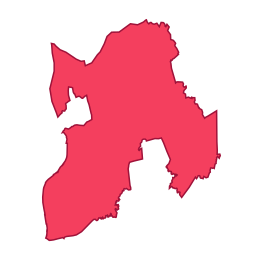 Zaļesjes pag., Zilupes, Latvia, rotated 266°
{"feature_id": "27541924B33285860517164", "entity_name": "Zaļesjes pag.", "entity_type": "district", "adm_level": 2, "iso_a3": "LVA", "parent_name": "Latvia", "parent_adm1": "Zilupes", "projection": "natural_earth1", "projection_center": [28.074, 56.351], "detail": "fine", "context": "isolated", "style": "filled", "palette": "rose", "viewbox_px": 256, "rotation_deg": 266, "n_neighbors": 0, "source": "geoboundaries", "source_scale": "gbopen_adm2", "svg_char_len": 5676}
<svg xmlns="http://www.w3.org/2000/svg" viewBox="0 0 256 256"><g transform="rotate(266 128 128)"><path d="M108.1,215.7L139.0,217.6L134.3,208.6L133.2,206.1L132.4,205.2L136.1,203.2L138.5,203.5L141.1,202.8L142.3,200.8L143.4,200.3L143.3,199.9L146.9,198.9L147.3,197.9L147.2,196.9L147.4,196.7L148.9,196.1L149.8,196.1L150.9,196.8L153.6,196.7L153.7,194.3L153.4,194.1L154.0,193.9L153.9,193.7L154.1,193.6L153.6,193.2L153.8,193.1L153.4,192.5L154.6,190.4L154.0,187.8L157.8,187.7L159.1,185.8L161.3,186.3L163.9,188.9L165.7,188.9L165.7,188.6L164.8,187.1L165.3,186.3L166.4,185.9L168.1,186.4L169.9,185.7L170.3,183.3L170.6,180.0L169.6,178.6L171.5,178.3L184.6,175.5L189.2,175.3L191.4,174.9L191.6,175.1L191.7,175.4L192.1,175.4L191.9,175.7L192.4,176.1L192.7,176.0L192.7,176.9L193.7,177.4L194.2,178.7L197.3,182.7L198.0,183.4L198.2,183.0L198.7,183.0L200.0,183.8L204.1,182.1L205.9,180.9L206.9,180.5L207.7,180.6L208.8,181.3L209.1,181.4L209.9,181.0L212.1,179.5L212.5,178.9L213.3,176.8L218.2,176.9L222.4,174.3L225.9,176.1L228.7,174.1L226.4,172.8L226.8,172.2L228.8,172.0L230.1,171.2L230.7,170.5L231.0,168.4L226.9,166.3L230.5,164.1L229.7,161.3L230.5,159.3L231.4,158.8L231.7,158.3L231.6,157.3L230.8,156.8L230.5,155.9L232.4,154.5L234.6,153.9L234.4,153.2L232.6,150.8L230.3,144.8L231.8,137.7L224.3,125.8L224.7,118.4L220.8,113.5L213.6,110.2L205.9,105.6L203.2,102.6L195.5,96.4L193.1,89.8L198.0,89.0L197.8,85.8L200.3,81.1L207.9,71.4L210.8,65.7L214.6,61.9L216.9,60.2L217.7,57.5L215.9,57.7L208.0,57.7L198.1,58.9L189.8,58.3L172.6,52.8L159.8,54.0L148.6,57.5L143.8,58.8L146.3,61.3L147.8,63.3L149.3,63.3L149.6,63.6L149.8,64.0L149.3,65.4L149.5,66.2L150.6,66.7L150.9,67.3L151.6,67.7L155.0,67.8L156.4,67.4L156.9,67.7L158.0,69.5L158.8,70.4L158.9,70.9L159.5,72.0L164.3,71.0L165.4,70.9L169.5,71.0L173.1,71.6L172.5,74.4L172.0,75.5L167.7,75.9L166.0,76.6L165.9,77.1L162.2,78.3L162.9,80.1L163.1,81.3L162.7,82.2L161.1,83.9L160.8,84.6L160.9,85.0L162.7,87.2L163.5,89.0L157.9,89.7L154.0,90.8L144.7,92.3L143.8,92.6L139.0,92.5L137.4,89.1L136.8,87.3L133.5,84.1L134.1,79.9L134.7,77.4L134.7,76.4L134.5,74.8L133.3,72.9L133.4,72.2L132.1,70.4L131.1,68.5L132.1,65.8L131.9,65.1L130.1,64.1L129.8,63.4L128.0,62.2L128.2,63.0L127.8,63.7L125.0,65.6L123.6,66.1L122.7,65.9L121.7,66.3L120.8,66.3L117.1,65.3L117.0,66.4L106.0,65.4L103.7,65.0L102.2,64.5L99.5,63.1L96.5,60.6L96.4,61.0L95.6,60.3L95.9,60.2L95.1,59.6L95.1,59.4L93.6,57.7L90.4,55.5L90.0,55.6L88.9,55.0L89.3,54.7L88.4,53.9L88.7,53.7L87.3,51.7L86.8,50.4L86.1,50.5L82.4,45.0L80.4,42.8L79.2,41.9L78.9,42.0L74.6,39.9L72.9,39.4L65.0,38.1L59.5,37.9L52.3,38.6L49.4,39.0L47.2,39.2L47.3,38.9L38.0,39.7L38.0,40.1L34.2,40.4L31.6,40.3L31.7,40.0L30.2,39.8L30.1,40.0L26.8,39.5L26.9,39.4L25.5,39.0L23.9,38.3L23.3,39.4L21.4,41.6L21.4,43.0L21.6,45.9L22.4,50.3L23.2,55.2L22.2,56.4L23.4,56.9L23.9,58.3L24.1,59.3L24.4,65.6L25.0,69.1L27.8,74.4L38.1,86.0L39.2,87.5L39.2,89.0L38.0,90.0L37.9,90.5L38.0,90.9L38.5,91.6L40.3,92.6L40.2,93.3L40.5,93.9L39.8,94.2L39.8,94.7L39.2,94.9L39.1,95.2L39.3,95.5L40.2,95.5L40.7,96.3L39.4,96.4L39.1,96.7L39.1,96.9L39.8,97.6L39.8,99.0L40.7,99.7L42.0,99.6L42.2,99.9L42.0,100.7L42.5,101.5L42.0,101.7L40.8,101.5L40.6,101.7L40.6,102.5L41.8,103.5L41.5,104.1L41.4,104.6L42.1,104.6L43.4,104.4L43.9,104.8L43.7,105.1L43.4,105.3L41.8,105.3L41.5,106.0L40.1,106.7L40.0,107.1L40.2,107.9L39.7,109.4L39.7,109.8L40.5,110.2L41.2,110.1L41.9,110.5L42.7,110.4L43.1,110.8L44.1,111.1L45.6,110.3L47.6,109.6L48.2,109.7L48.4,109.9L48.2,110.3L47.0,111.4L47.0,111.7L47.7,112.4L47.7,112.8L47.9,113.0L48.2,113.0L49.6,112.7L50.5,113.2L50.6,112.6L51.4,112.5L51.7,112.6L51.9,113.0L52.3,112.9L52.3,112.7L51.9,112.0L51.9,111.8L52.4,111.4L51.9,111.0L52.2,110.5L52.1,110.0L54.5,110.6L54.8,111.3L55.4,111.0L55.7,111.1L56.3,111.7L55.7,113.0L56.2,114.0L57.6,113.7L57.5,114.5L59.0,113.7L59.5,113.7L60.9,115.3L62.4,115.6L62.6,116.3L63.6,117.4L64.8,117.9L65.4,117.9L65.9,118.2L65.6,119.2L65.8,119.5L66.0,119.6L66.4,119.4L67.3,119.6L67.8,119.9L67.8,120.2L67.5,120.7L67.4,121.2L67.4,121.7L67.8,122.1L67.5,122.7L66.2,124.1L66.2,125.8L66.4,126.3L66.6,126.5L68.6,126.5L70.4,126.0L87.2,125.3L90.3,126.1L90.8,126.0L93.7,127.2L94.7,131.9L96.1,140.3L106.8,140.2L106.2,138.8L104.8,137.8L104.9,137.4L105.2,137.2L106.1,137.0L107.5,137.7L109.0,139.3L111.7,139.2L112.2,139.6L112.6,140.3L113.3,140.8L114.8,141.1L115.4,141.7L115.7,142.2L115.8,143.0L115.7,144.4L114.5,145.5L113.8,145.5L115.6,154.1L115.2,157.6L115.7,160.6L110.7,162.5L102.2,165.1L93.6,168.1L89.6,166.3L87.8,164.3L86.7,163.4L86.3,163.5L86.4,163.8L86.7,164.0L86.3,164.3L85.8,164.4L85.0,164.3L84.0,165.2L83.6,165.3L82.7,164.9L82.1,165.1L81.8,165.5L82.2,165.8L82.2,166.3L82.1,166.8L81.4,167.2L81.5,168.1L80.4,168.4L80.0,168.3L79.6,167.9L79.3,167.9L78.6,168.7L79.3,170.4L77.8,171.5L78.5,172.3L78.6,172.5L78.2,172.9L78.1,173.4L77.7,173.8L76.9,173.0L76.9,172.2L76.6,171.5L75.3,170.8L75.2,170.5L75.5,169.4L75.5,169.2L74.1,169.2L73.0,168.4L72.1,168.0L71.8,168.0L71.0,168.4L70.1,167.6L69.8,166.8L69.3,166.3L68.4,166.5L67.2,165.4L64.9,165.1L66.6,167.2L66.5,167.7L66.1,168.0L65.0,168.7L64.9,168.9L65.1,169.5L64.2,170.8L64.5,172.4L64.3,172.6L63.3,172.8L62.5,172.5L60.1,172.7L59.9,173.1L60.0,173.3L60.7,174.0L60.4,175.2L59.8,175.4L58.9,174.9L57.7,175.0L55.0,176.7L64.6,184.9L74.3,191.8L72.7,192.8L74.2,194.0L75.4,194.6L75.5,194.8L75.5,195.8L75.0,196.4L73.6,196.5L73.1,196.8L72.8,197.3L72.6,198.8L72.2,199.3L74.4,200.4L72.9,202.4L73.4,204.3L77.6,206.1L78.2,207.0L80.3,206.9L80.9,207.3L82.3,207.6L82.4,207.8L82.3,208.7L81.9,209.7L82.2,210.6L81.7,211.2L85.9,212.3L86.5,213.4L88.4,213.5L89.0,213.9L90.2,213.8L90.8,214.3L91.5,214.4L92.2,214.3L93.4,215.3L91.5,216.9L93.1,217.5L93.8,218.1L95.5,217.8L95.6,215.1L99.8,215.5L108.1,215.7Z" fill="#f43f5e" stroke="#9f1239" stroke-width="1.5"/></g></svg>